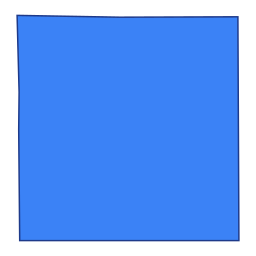 the district of Lake, Michigan, United States of America
{"feature_id": "52423323B68600605298438", "entity_name": "Lake", "entity_type": "district", "adm_level": 2, "iso_a3": "USA", "parent_name": "United States of America", "parent_adm1": "Michigan", "projection": "mercator", "projection_center": [-85.866, 43.991], "detail": "fine", "context": "isolated", "style": "filled", "palette": "blue", "viewbox_px": 256, "rotation_deg": 0, "n_neighbors": 0, "source": "geoboundaries", "source_scale": "gbopen_adm2", "svg_char_len": 219}
<svg xmlns="http://www.w3.org/2000/svg" viewBox="0 0 256 256"><path d="M119.6,17.2L17.1,15.4L19.1,92.2L18.7,129.2L19.7,240.6L238.9,240.6L237.9,16.8L119.6,17.2Z" fill="#3b82f6" stroke="#1e3a8a" stroke-width="1.5"/></svg>